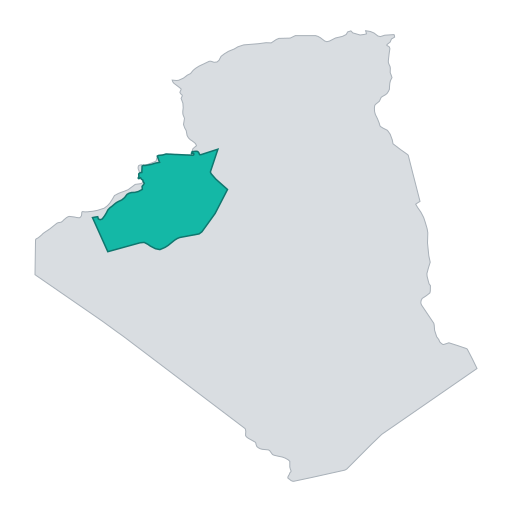 Algeria, with Béchar highlighted
{"feature_id": "DZA-2148", "entity_name": "Béchar", "entity_type": "Province", "adm_level": 1, "iso_a3": "DZA", "parent_name": "Algeria", "parent_adm1": "", "projection": "robinson", "projection_center": [-2.712, 30.267], "detail": "fine", "context": "in_parent", "style": "filled", "palette": "teal", "viewbox_px": 512, "rotation_deg": 0, "n_neighbors": 0, "source": "natural_earth", "source_scale": "10m", "svg_char_len": 5248}
<svg xmlns="http://www.w3.org/2000/svg" viewBox="0 0 512 512"><path d="M394.0,34.6L394.5,35.9L394.6,37.1L392.7,38.3L391.5,38.9L390.1,42.1L387.3,44.3L386.8,44.9L386.9,45.5L388.9,46.5L389.5,47.4L389.9,48.7L389.2,53.1L388.3,61.0L388.4,62.7L389.2,64.8L390.0,66.4L390.3,68.2L390.2,72.6L391.2,75.2L392.0,77.6L390.5,80.5L389.8,83.2L389.5,86.9L389.4,89.3L388.4,91.4L387.0,93.5L385.4,94.8L383.4,95.9L381.2,97.3L379.4,101.2L375.5,104.4L374.7,105.5L374.4,108.1L374.6,111.7L375.4,114.6L377.5,118.8L379.3,123.4L379.9,125.7L380.6,126.6L383.0,128.1L387.2,130.2L388.0,131.1L390.2,134.3L392.3,140.0L393.0,143.8L400.6,149.6L407.8,154.7L408.3,155.5L412.7,172.9L414.3,179.1L420.0,201.4L418.0,202.6L415.7,204.2L417.5,207.3L420.9,212.2L423.0,216.2L423.8,217.9L425.4,222.8L426.8,227.6L427.2,229.1L427.8,232.8L427.5,243.0L428.8,255.8L430.2,262.2L428.4,268.0L426.9,273.6L427.1,276.3L428.2,280.7L429.1,283.9L430.4,285.6L430.3,291.0L429.9,292.9L426.2,295.8L422.2,298.4L421.1,300.6L420.8,303.0L421.5,305.0L433.8,323.3L434.2,325.1L434.6,330.3L436.7,336.8L438.8,339.6L439.7,341.8L441.2,343.3L442.7,344.4L443.7,344.5L448.9,342.8L458.0,345.7L466.7,348.7L467.3,349.2L472.5,359.2L477.0,368.5L381.8,434.3L371.4,444.3L346.8,469.0L344.9,470.1L312.1,477.4L295.1,481.0L294.2,481.2L293.3,481.3L292.6,481.2L291.1,480.6L289.3,479.1L288.1,478.4L287.8,477.2L288.5,475.7L289.4,474.3L289.7,473.2L290.3,472.3L291.0,471.7L291.0,470.7L290.4,469.2L289.8,467.0L289.8,463.1L289.8,461.3L288.2,459.8L285.2,458.1L282.5,457.1L281.2,456.8L278.2,456.2L274.0,455.2L272.5,454.5L269.8,450.8L268.5,449.9L262.2,449.3L260.1,448.7L258.4,447.8L256.9,446.6L256.1,444.6L255.8,443.0L255.3,442.2L248.3,438.3L246.6,437.0L245.6,435.7L245.6,433.9L245.8,431.6L245.5,429.6L245.1,428.6L123.4,336.4L116.8,331.7L102.1,321.0L35.0,274.7L35.5,241.4L35.6,239.7L36.0,239.0L38.2,237.8L41.6,235.0L42.8,233.7L44.4,232.5L50.1,228.7L51.3,227.7L56.8,223.3L58.1,222.7L61.1,222.2L62.3,221.4L64.0,219.7L66.4,217.7L68.0,216.8L68.4,216.6L69.4,216.4L74.4,217.0L76.6,217.5L79.1,217.8L79.9,217.6L80.6,217.0L81.5,215.6L81.7,213.9L81.8,212.5L82.0,211.9L82.4,211.6L83.5,211.7L85.0,211.9L88.0,211.8L89.0,211.6L92.5,211.3L97.3,210.4L104.2,208.2L107.5,205.7L109.9,203.0L112.5,199.0L114.5,195.5L118.5,193.4L121.8,192.1L123.7,191.5L128.1,189.7L135.2,184.4L141.2,183.6L141.9,183.1L142.8,182.2L142.8,180.6L141.8,179.4L140.6,178.8L139.7,178.2L138.9,178.1L138.4,177.3L138.7,175.9L138.8,174.5L139.4,173.2L139.2,171.3L138.4,169.5L138.1,168.1L138.2,166.8L138.6,165.7L139.8,165.1L141.3,164.8L143.3,165.1L146.7,164.7L155.6,161.4L156.2,160.5L156.8,158.2L157.4,156.3L158.3,155.6L158.8,155.5L166.0,154.2L167.5,154.1L180.8,154.7L192.1,155.1L193.1,154.7L193.1,153.2L192.4,150.6L192.8,148.9L194.4,147.4L196.5,145.7L195.5,143.6L193.9,142.2L191.6,140.5L190.4,139.8L188.4,137.8L187.1,135.5L186.2,130.6L184.7,127.9L183.5,124.5L184.5,118.3L183.0,114.6L182.8,113.0L182.8,111.1L183.2,107.8L182.9,103.2L181.1,98.4L181.9,96.7L182.3,95.9L182.2,95.2L180.6,93.7L179.9,92.4L180.3,91.2L181.1,89.5L181.0,88.8L178.4,86.7L174.0,83.4L172.8,81.9L172.2,80.1L176.4,80.5L178.6,80.3L183.5,78.1L187.4,75.1L190.5,73.6L193.2,70.3L195.6,68.3L199.1,66.1L209.2,61.3L210.8,61.2L214.1,62.3L217.0,62.0L219.0,60.3L221.1,56.3L224.4,53.8L228.5,51.3L234.2,49.0L237.9,46.8L243.7,44.9L258.5,43.7L266.0,42.7L271.2,42.9L276.3,39.5L278.9,38.4L290.2,38.1L295.4,35.6L315.5,35.6L318.0,36.4L320.5,37.8L324.7,41.0L326.8,41.7L329.4,41.1L335.5,38.0L342.4,36.4L346.2,34.5L347.7,31.9L350.9,30.9L352.8,32.9L360.1,35.0L364.5,34.4L366.5,33.8L365.6,30.7L370.4,31.5L374.0,33.0L377.9,36.0L380.4,36.6L384.8,35.2L394.0,34.6Z" fill="#d9dde1" stroke="#a8b0b8" stroke-width="1"/><path d="M166.1,154.0L169.0,154.2L170.3,154.2L171.8,154.3L173.5,154.4L175.2,154.5L177.0,154.5L178.9,154.6L180.7,154.7L182.5,154.8L184.2,154.9L185.8,155.0L187.3,155.0L188.5,155.1L189.6,155.1L190.4,155.2L190.9,155.2L191.1,155.2L192.6,155.3L193.5,155.1L193.9,154.2L193.8,153.7L193.4,153.4L193.0,153.2L192.6,153.3L191.8,153.6L191.5,153.6L191.4,153.2L191.5,153.0L191.8,152.7L192.1,152.3L192.1,152.1L192.1,151.9L192.1,151.6L192.5,151.6L195.4,151.3L196.8,151.3L197.3,151.4L197.6,151.5L197.8,151.7L198.0,151.8L198.2,152.0L198.4,152.2L198.7,152.6L198.9,153.0L199.6,154.6L200.1,154.7L201.1,154.6L217.9,149.2L210.5,171.5L210.5,172.5L211.2,173.8L215.8,179.1L227.5,189.5L215.1,213.5L201.9,231.8L199.1,233.9L179.7,237.5L177.3,238.5L174.7,240.1L168.0,245.5L165.0,247.4L159.9,249.6L155.4,248.7L150.2,246.0L148.0,244.4L144.2,242.4L140.0,242.8L107.8,251.7L92.5,217.6L95.0,217.1L97.7,216.7L98.4,219.0L100.2,219.7L102.2,219.0L104.5,216.0L106.4,212.9L107.9,209.9L110.0,207.7L112.2,206.1L114.6,204.0L116.4,202.6L118.6,201.4L121.7,200.0L124.6,197.6L127.0,194.4L129.1,193.2L131.6,192.5L134.8,192.4L138.4,191.5L142.3,189.4L142.2,187.8L142.1,186.3L143.1,185.2L144.3,183.3L143.1,181.4L143.1,181.0L143.0,180.5L142.8,180.1L142.6,179.8L141.8,179.5L141.4,179.1L140.9,178.2L140.6,177.8L140.2,177.7L139.9,177.9L139.3,178.5L138.9,178.7L138.6,178.6L138.3,178.4L138.2,178.0L138.4,177.5L138.8,176.7L138.9,176.2L138.7,174.3L138.8,173.8L139.1,173.5L140.3,172.6L141.8,172.5L142.1,166.1L143.6,165.3L144.4,165.5L145.2,165.5L151.4,164.4L152.6,164.0L155.9,163.0L159.6,162.4L158.7,160.0L157.3,156.1L158.5,155.4L162.3,155.1L166.1,154.0Z" fill="#14b8a6" stroke="#0f766e" stroke-width="1.5"/></svg>